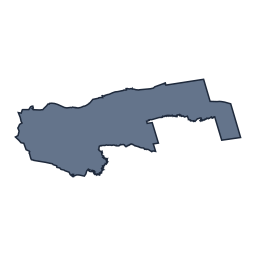 Valles pag., Vecumnieku, Latvia (Natural Earth projection)
{"feature_id": "27541924B9104709044918", "entity_name": "Valles pag.", "entity_type": "district", "adm_level": 2, "iso_a3": "LVA", "parent_name": "Latvia", "parent_adm1": "Vecumnieku", "projection": "natural_earth1", "projection_center": [24.836, 56.515], "detail": "fine", "context": "isolated", "style": "filled", "palette": "slate", "viewbox_px": 256, "rotation_deg": 0, "n_neighbors": 0, "source": "geoboundaries", "source_scale": "gbopen_adm2", "svg_char_len": 5816}
<svg xmlns="http://www.w3.org/2000/svg" viewBox="0 0 256 256"><path d="M240.6,137.5L230.7,103.8L224.6,102.1L221.7,101.6L219.6,101.4L217.0,101.6L210.1,101.4L203.6,79.3L165.9,85.1L165.3,82.9L164.4,83.2L164.6,83.6L164.3,83.6L164.3,83.8L163.0,83.8L154.8,86.8L153.4,88.1L150.1,88.8L139.1,89.8L138.9,90.0L135.8,89.7L133.8,89.1L132.4,89.1L132.2,88.5L132.0,88.8L130.8,88.6L129.3,89.0L128.7,88.8L127.5,88.8L127.3,88.5L126.1,88.6L126.4,89.9L125.2,90.1L123.9,90.0L123.5,90.4L117.8,91.6L115.1,91.9L112.5,92.8L109.1,94.3L107.9,94.5L104.9,95.4L104.6,96.1L103.7,96.0L102.4,95.6L102.1,95.7L102.2,96.0L102.7,97.6L101.0,97.5L98.9,97.7L98.5,98.2L92.8,99.4L90.0,102.8L89.1,103.3L89.1,103.6L86.1,105.5L84.4,106.2L83.6,106.2L80.9,107.4L78.0,108.0L75.5,107.5L74.3,107.4L74.4,107.5L72.5,107.1L71.6,107.6L70.7,107.4L66.9,107.9L64.5,107.5L57.5,104.4L54.6,103.5L51.6,103.2L49.5,103.4L49.2,104.1L48.0,104.0L46.6,105.8L43.8,108.5L42.8,109.7L40.9,109.8L40.4,110.0L33.2,109.7L32.2,108.5L33.3,108.1L32.8,106.1L31.5,106.3L30.5,106.9L28.8,109.6L22.7,109.6L22.3,109.8L21.2,113.1L18.3,112.6L20.3,117.6L21.1,121.3L22.0,123.0L19.6,124.4L18.3,127.3L17.8,128.0L19.1,131.1L18.0,135.6L15.4,137.0L19.0,140.4L21.0,142.7L23.8,143.3L26.1,149.7L29.3,151.2L29.7,151.7L29.1,153.0L29.4,153.2L30.7,158.1L31.4,159.7L33.7,160.2L33.8,160.4L45.4,162.3L52.5,163.8L53.1,164.6L56.7,165.8L56.9,167.4L59.7,167.9L61.0,169.4L63.9,170.0L64.9,170.7L69.1,172.2L70.2,174.6L72.9,176.7L73.6,176.6L73.6,176.2L72.4,175.8L71.4,175.1L71.4,174.8L72.4,174.3L73.3,174.4L73.1,174.7L74.4,175.8L76.7,174.9L79.2,175.0L84.4,176.1L85.9,173.8L86.5,171.6L86.9,170.7L88.3,169.1L89.0,169.5L88.9,169.8L89.7,169.9L89.3,170.5L89.0,170.4L88.8,169.9L88.4,170.0L88.5,170.4L89.5,171.3L90.9,171.6L92.1,171.6L93.2,171.2L91.8,170.6L92.0,170.3L94.1,170.8L94.3,171.0L94.2,171.2L93.7,171.3L94.6,171.8L93.7,172.1L93.6,172.4L94.4,172.6L94.5,172.9L94.2,173.3L95.0,173.4L95.0,173.7L94.4,174.0L95.1,174.6L96.0,174.2L96.7,174.6L97.0,174.0L97.4,173.9L97.6,174.1L97.3,174.8L98.4,174.3L99.2,175.1L99.7,175.0L99.7,174.8L99.2,174.4L99.1,174.0L100.5,173.6L100.8,173.3L99.4,173.3L99.3,173.1L100.4,172.4L100.7,172.9L101.4,172.9L101.2,171.9L101.8,171.7L102.0,170.2L102.2,170.4L102.3,170.5L103.0,170.0L102.3,169.8L102.2,169.6L103.3,169.5L103.0,169.3L102.9,168.9L102.3,169.0L101.8,168.5L102.4,168.3L102.1,167.8L102.4,167.4L103.1,168.0L103.5,167.9L103.5,167.3L102.9,166.9L103.1,166.3L102.8,166.1L103.0,165.9L103.5,166.1L103.9,165.9L103.5,165.7L104.0,165.6L104.0,165.3L104.1,165.1L105.0,164.5L105.3,164.1L105.3,163.5L106.2,163.6L106.4,163.9L107.1,162.9L106.7,162.8L106.7,162.4L107.2,162.6L107.4,162.2L106.9,162.2L106.7,161.9L107.3,161.6L106.2,161.1L106.9,161.1L106.3,160.6L106.4,160.4L107.0,160.6L107.3,160.1L107.2,159.6L106.6,159.9L106.4,159.7L106.6,159.3L107.2,159.5L106.6,159.0L106.9,158.7L106.0,158.8L106.2,158.5L105.8,158.4L105.5,158.7L105.6,159.0L105.3,159.1L105.1,158.9L105.2,158.6L104.0,158.5L103.8,158.3L104.8,158.2L105.1,158.2L104.0,157.7L103.7,157.9L103.2,157.6L103.9,157.4L103.3,157.0L103.6,156.9L103.5,156.7L103.8,156.2L101.9,154.9L101.6,153.1L102.4,153.0L102.0,151.2L101.0,151.7L99.8,150.9L99.6,150.5L99.1,150.4L98.8,149.8L98.7,149.6L99.0,149.6L98.9,148.2L99.3,146.2L100.3,145.8L100.8,145.9L100.8,145.6L103.9,145.4L104.9,145.5L106.4,144.9L107.2,145.2L110.6,145.1L111.4,145.4L112.1,145.1L112.8,145.3L113.2,145.0L114.0,145.0L115.2,145.5L116.0,145.4L115.9,145.7L116.2,145.8L118.3,145.9L119.4,145.6L119.8,145.0L120.6,144.9L120.7,144.5L121.3,144.7L123.4,144.5L124.2,144.8L124.7,145.3L124.6,145.5L125.9,146.7L126.7,146.5L126.8,146.1L127.4,145.9L128.1,145.3L128.7,145.5L129.5,144.9L129.5,144.6L130.8,144.4L131.0,143.9L131.4,143.9L132.1,144.1L132.4,144.5L132.9,144.4L134.8,145.8L135.5,145.7L136.1,146.2L136.5,146.1L138.4,146.8L138.7,146.6L139.5,147.3L141.2,147.8L143.7,148.0L144.5,149.2L144.8,149.0L145.4,149.3L145.9,149.1L146.6,149.5L147.0,149.3L148.4,149.5L151.8,151.7L152.2,151.2L153.9,151.0L155.0,151.1L155.0,151.3L155.6,151.4L153.3,143.9L158.4,143.1L152.2,122.6L147.2,123.4L146.6,121.2L147.1,121.2L148.1,120.8L148.9,120.7L149.5,120.2L149.5,119.9L149.3,119.8L149.6,119.7L150.6,119.6L151.6,119.7L159.2,117.5L162.1,117.4L162.3,117.3L162.2,116.8L162.7,116.3L162.9,116.7L163.2,116.7L163.5,116.4L164.1,116.4L164.5,116.1L164.8,116.4L165.5,115.8L166.2,116.2L166.3,115.8L166.5,115.9L166.7,115.7L166.8,115.9L167.5,116.0L167.4,115.7L167.6,115.5L167.8,115.8L168.2,115.5L168.4,115.9L168.7,115.5L169.3,115.7L169.6,115.5L169.7,115.9L170.1,115.7L170.5,116.0L170.9,115.6L171.3,115.5L171.1,115.8L171.6,116.0L172.2,115.4L172.4,115.8L172.8,115.9L172.9,116.1L173.2,115.8L173.4,115.9L173.4,116.1L173.7,115.9L174.2,116.1L174.5,115.9L175.2,116.0L174.9,116.2L175.0,116.4L175.6,116.5L175.7,116.2L176.9,116.7L177.2,116.0L176.5,115.8L177.0,115.4L177.5,115.4L176.9,115.2L177.2,114.9L177.8,115.0L178.8,114.7L178.7,114.9L178.9,115.0L179.5,115.5L179.6,115.1L180.2,115.1L180.4,114.9L180.9,115.1L181.1,115.6L180.9,116.0L181.0,116.1L181.4,116.3L181.1,116.0L181.5,115.8L181.8,115.9L181.8,116.3L183.4,116.0L183.9,116.4L183.9,116.6L184.4,117.0L187.4,116.2L188.4,119.0L188.4,119.6L188.6,119.6L188.6,119.1L188.9,119.3L188.8,119.6L190.2,119.9L190.1,120.3L190.2,120.6L190.9,121.0L191.4,120.6L192.6,120.9L193.3,120.8L193.1,121.1L193.6,121.5L194.4,121.2L195.0,121.4L197.5,118.7L198.4,118.7L199.5,118.1L201.0,118.0L201.2,118.7L201.8,119.7L201.1,119.8L200.0,120.5L200.2,120.8L200.4,120.3L200.6,120.6L201.2,120.2L201.5,120.5L201.3,120.6L201.2,120.8L201.4,120.9L202.2,120.7L202.7,120.6L202.8,120.5L202.5,120.2L203.0,120.0L204.5,120.0L204.5,119.6L205.5,119.3L205.3,119.1L206.9,118.5L206.7,118.5L206.7,118.3L208.2,118.3L208.3,118.7L209.7,118.1L211.3,116.9L211.5,116.9L211.8,117.3L211.8,117.7L212.1,118.2L212.5,118.1L212.5,117.8L213.1,117.8L213.5,117.5L213.3,117.3L213.9,116.9L214.7,116.8L221.7,140.2L240.6,137.5Z" fill="#64748b" stroke="#1e293b" stroke-width="1.5"/></svg>